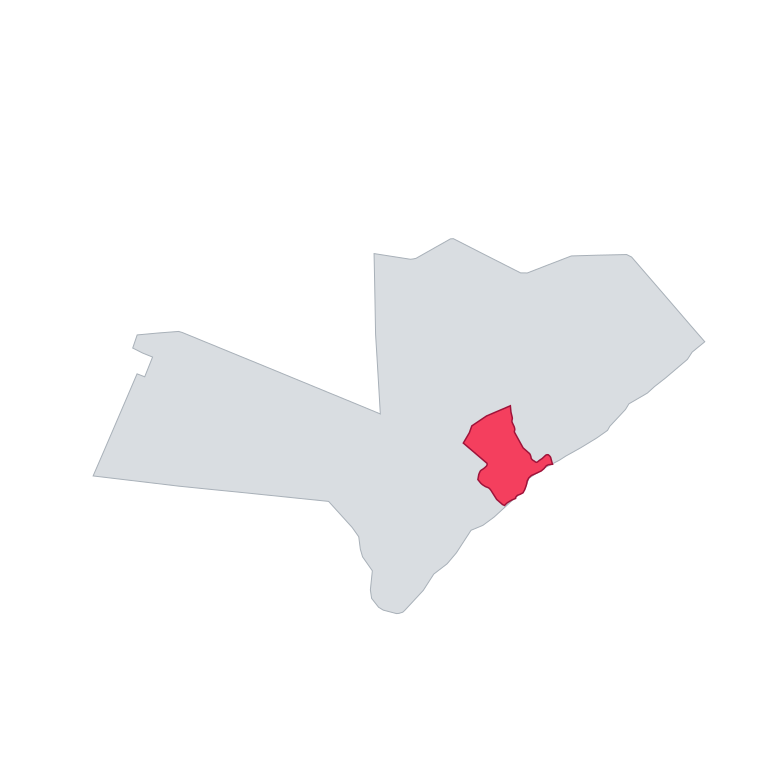 Jordan, with Karak highlighted, rotated 219°
{"feature_id": "JOR-859", "entity_name": "Karak", "entity_type": "Province", "adm_level": 1, "iso_a3": "JOR", "parent_name": "Jordan", "parent_adm1": "", "projection": "robinson", "projection_center": [35.641, 31.103], "detail": "fine", "context": "in_parent", "style": "filled", "palette": "rose", "viewbox_px": 768, "rotation_deg": 219, "n_neighbors": 0, "source": "natural_earth", "source_scale": "10m", "svg_char_len": 2273}
<svg xmlns="http://www.w3.org/2000/svg" viewBox="0 0 768 768"><g transform="rotate(219 384 384)"><path d="M247.7,207.1L258.7,209.6L265.0,215.4L275.5,231.5L291.9,236.2L298.5,240.8L307.5,249.4L318.5,252.5L353.2,257.9L380.9,239.8L404.2,224.6L430.7,207.3L448.6,195.5L479.3,175.4L499.5,162.7L526.0,146.0L552.2,129.5L559.7,156.4L567.1,182.7L574.8,210.0L582.3,236.5L574.5,239.0L580.8,259.3L590.9,256.2L601.9,253.8L606.7,266.8L591.7,281.4L576.7,295.6L573.1,297.1L553.4,303.0L513.1,315.1L486.1,323.2L451.6,333.5L422.8,342.1L394.4,350.6L368.0,358.4L383.1,375.0L406.3,400.4L421.8,417.3L440.1,439.1L456.4,458.5L473.8,479.1L461.7,486.1L441.9,497.6L439.9,499.7L438.2,501.8L430.1,522.4L423.7,538.6L421.5,540.6L393.6,546.5L365.5,552.5L347.8,556.3L342.5,560.5L331.0,580.6L319.0,601.4L299.1,618.5L276.9,637.3L271.5,638.5L255.4,635.6L228.0,630.7L201.5,625.9L183.4,622.6L161.3,618.7L164.6,602.7L163.7,594.1L169.0,565.9L172.1,552.5L173.6,542.7L181.2,522.7L180.3,516.2L181.9,493.2L181.1,488.7L184.6,476.2L191.1,458.0L197.4,442.3L199.7,435.3L206.2,420.4L212.0,402.1L208.9,392.1L208.0,390.2L210.4,378.7L213.2,359.9L214.7,349.8L218.2,336.4L224.3,325.1L221.5,298.4L221.8,284.0L225.7,267.6L223.6,248.4L225.4,221.1L225.8,218.5L228.0,215.2L229.7,213.5L242.3,207.8L247.7,207.1Z" fill="#d9dde1" stroke="#a8b0b8" stroke-width="1"/><path d="M202.5,427.7L205.3,424.9L206.4,422.7L206.4,418.9L207.1,415.3L211.9,405.6L212.4,402.2L211.7,398.8L210.1,395.8L209.1,393.3L208.1,390.2L207.5,386.9L208.8,383.9L210.3,381.4L210.4,378.7L209.7,377.9L211.6,374.4L213.4,369.5L213.8,366.7L213.8,365.5L216.0,364.9L223.8,365.2L234.1,368.7L236.0,369.1L237.5,369.1L240.6,368.1L244.1,367.7L246.3,367.8L250.9,368.8L253.4,373.3L254.1,375.6L254.4,377.2L254.2,378.3L253.4,380.7L253.0,382.5L252.7,384.8L253.1,386.3L254.1,387.2L285.2,388.0L287.0,399.9L289.4,406.7L284.2,423.7L272.1,446.6L267.7,442.1L263.4,438.8L262.5,437.9L261.5,436.0L260.7,435.1L259.6,434.5L255.9,432.7L254.6,431.8L253.6,430.8L253.2,430.0L252.9,429.2L252.2,428.6L235.7,421.9L226.9,421.5L225.5,420.9L224.0,419.9L222.9,418.9L221.7,418.5L220.4,418.4L218.6,418.7L217.3,418.7L216.3,419.0L215.7,419.9L215.2,422.4L214.2,425.6L213.5,430.5L212.8,431.7L211.7,432.4L209.9,432.3L208.4,431.9L203.3,428.2L202.5,427.7Z" fill="#f43f5e" stroke="#9f1239" stroke-width="1.5"/></g></svg>